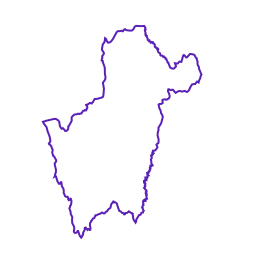 Chanae, Narathiwat, Thailand (Equal Earth projection), rotated 349°
{"feature_id": "78962969B14228474631985", "entity_name": "Chanae", "entity_type": "district", "adm_level": 2, "iso_a3": "THA", "parent_name": "Thailand", "parent_adm1": "Narathiwat", "projection": "equal_earth", "projection_center": [101.649, 6.04], "detail": "fine", "context": "isolated", "style": "outline", "palette": "violet", "viewbox_px": 256, "rotation_deg": 349, "n_neighbors": 0, "source": "geoboundaries", "source_scale": "gbopen_adm2", "svg_char_len": 5842}
<svg xmlns="http://www.w3.org/2000/svg" viewBox="0 0 256 256"><g transform="rotate(349 128 128)"><path d="M61.1,226.7L62.1,225.9L62.7,224.7L63.1,224.7L63.7,223.9L64.0,222.0L65.7,220.3L66.2,219.5L66.3,218.1L66.6,217.7L67.4,217.6L68.7,220.1L69.0,219.7L69.8,219.5L70.7,220.7L71.5,220.8L72.1,219.0L72.0,216.4L72.7,214.0L73.6,213.2L74.2,212.0L74.9,211.9L76.2,210.2L77.8,210.0L78.4,208.8L79.0,208.4L79.3,207.5L80.6,207.6L82.6,207.0L84.2,206.9L86.4,206.0L87.7,207.2L88.8,207.3L90.3,206.0L91.8,205.7L92.2,204.9L93.7,203.8L95.3,203.2L95.8,202.4L96.8,199.9L99.5,197.3L99.9,197.4L100.0,198.4L101.2,198.4L102.4,199.7L102.7,200.3L102.8,202.4L103.6,207.7L105.1,208.7L106.0,210.2L107.3,210.7L107.6,212.0L108.2,212.2L108.6,212.0L109.3,211.0L110.6,211.2L112.1,210.6L112.9,210.0L114.5,211.7L116.0,212.6L116.3,213.1L115.9,213.5L116.2,215.2L115.9,216.1L116.0,219.1L117.4,222.3L118.1,221.4L118.8,219.3L122.2,215.6L123.8,215.5L124.7,214.0L125.6,213.7L126.6,213.8L127.1,212.7L127.6,212.3L127.3,212.0L127.2,210.5L126.7,208.7L127.2,208.7L127.2,208.2L127.9,206.6L128.4,206.6L128.4,205.3L128.8,205.0L128.6,203.8L128.8,202.8L129.4,202.0L129.9,201.8L129.9,202.7L131.2,203.0L131.2,201.6L131.4,201.2L132.0,201.0L131.9,201.5L132.0,201.6L132.5,200.9L133.1,201.0L132.9,199.9L133.2,198.9L132.9,197.6L133.7,197.2L133.7,196.1L133.0,195.9L132.9,195.6L133.3,195.3L133.9,194.3L133.4,194.0L134.2,192.7L133.1,191.4L132.4,189.9L133.2,189.7L133.4,188.1L133.9,188.2L134.1,186.8L133.9,186.1L134.4,186.2L134.5,186.0L134.1,185.1L134.3,184.1L133.4,184.1L133.6,183.0L135.1,182.7L135.1,182.1L136.1,182.7L136.2,182.0L136.8,181.5L136.9,181.0L136.9,180.8L136.5,180.9L135.9,179.9L137.0,179.9L137.4,180.4L137.7,180.1L138.2,179.1L138.2,178.1L138.9,178.2L138.6,177.7L138.7,177.0L138.1,177.0L138.2,175.7L138.5,175.7L138.7,176.0L138.9,175.7L139.2,175.9L139.8,175.8L140.1,174.6L140.5,174.2L140.7,174.6L140.9,174.6L141.3,173.5L141.8,173.2L141.6,172.4L142.3,172.0L141.9,171.0L142.6,170.2L142.8,169.2L143.0,169.2L143.4,170.1L144.5,169.4L145.0,169.4L144.7,168.3L144.3,167.8L144.2,166.4L144.6,164.9L144.4,164.2L144.5,163.1L145.3,162.5L145.7,161.5L145.4,159.5L146.4,159.5L146.5,158.6L147.4,158.6L147.5,158.3L147.2,157.9L147.2,157.2L148.2,157.4L147.7,156.0L148.1,155.0L149.7,155.3L150.6,155.1L153.1,152.8L153.2,151.7L152.7,149.8L153.5,149.1L154.9,148.6L155.4,147.3L155.9,144.6L155.6,140.9L156.5,137.7L157.6,135.9L157.9,133.6L161.5,129.6L164.1,124.2L164.3,123.0L163.8,120.8L163.3,119.9L163.3,117.4L163.1,116.1L162.6,115.3L162.5,110.8L163.4,110.4L165.1,110.7L166.7,110.2L167.0,109.2L166.9,108.0L167.2,107.0L168.0,106.8L170.0,106.9L170.7,107.5L171.5,107.6L172.5,107.1L173.4,106.9L174.1,106.4L174.8,105.4L175.0,104.4L175.0,103.0L174.3,99.6L174.5,98.5L175.0,97.7L175.9,97.9L176.4,98.6L177.3,99.0L178.8,98.8L179.6,99.3L181.0,102.0L181.5,102.6L184.4,101.5L185.5,101.5L186.4,101.7L188.1,102.6L190.8,102.4L192.5,103.8L193.3,103.8L195.3,102.3L196.5,100.4L199.1,97.5L201.6,97.4L202.3,97.6L204.7,95.6L206.0,96.8L206.8,95.0L208.6,92.6L209.1,91.1L210.3,89.6L209.0,83.3L209.2,81.5L208.5,79.6L208.5,77.9L209.0,76.0L208.6,73.9L208.8,72.8L207.9,71.7L207.2,69.1L206.3,68.3L203.1,67.1L199.2,70.0L198.4,69.7L197.5,67.8L196.8,67.0L196.0,67.4L193.0,73.3L191.1,72.6L189.2,74.1L188.1,74.1L186.5,73.4L186.9,76.7L184.6,78.3L183.6,78.4L182.8,78.1L181.2,77.0L180.8,76.2L180.0,71.6L179.3,71.2L179.4,70.2L178.8,68.4L178.8,67.4L178.0,67.1L178.0,66.0L177.3,65.6L176.9,64.7L176.1,64.9L175.7,63.8L175.0,63.3L174.2,63.3L173.7,62.7L173.7,60.7L172.4,59.6L172.0,58.5L172.1,57.2L172.7,56.7L172.7,56.0L172.2,55.4L171.6,56.0L171.2,54.9L170.5,54.3L170.5,53.6L169.9,53.5L169.8,53.0L170.3,51.2L169.5,49.9L168.6,49.6L168.8,48.5L167.7,48.1L166.7,48.7L166.5,48.4L166.5,47.4L165.5,47.1L165.6,46.0L164.8,46.1L164.2,45.4L164.2,44.7L164.4,44.0L163.8,42.3L164.1,41.1L163.7,40.8L163.2,40.9L163.0,40.5L163.3,39.6L162.9,39.0L163.4,38.3L163.2,35.7L164.0,34.9L163.5,34.2L164.0,33.8L164.2,32.8L163.5,31.5L163.4,30.9L160.2,30.5L155.4,29.3L153.7,30.0L152.4,31.9L150.5,33.1L147.8,32.6L145.3,31.7L144.5,31.3L143.9,30.4L142.7,30.7L141.5,32.1L141.1,32.1L140.0,31.2L138.9,31.4L136.6,31.0L135.1,31.8L130.0,38.0L127.6,40.0L125.7,40.6L124.5,40.2L123.8,38.5L123.5,36.6L122.6,35.5L121.7,38.3L121.1,39.4L119.2,41.1L117.3,46.0L118.0,48.0L118.5,48.8L118.5,50.6L116.3,52.6L116.3,54.0L115.1,56.2L115.0,56.7L116.0,57.3L115.9,58.9L116.4,61.9L116.7,64.4L115.6,70.8L115.7,73.0L115.2,75.4L114.2,76.7L112.0,78.8L111.9,84.7L110.3,90.6L109.5,92.5L108.1,93.1L103.3,93.5L100.7,93.2L98.4,96.0L97.5,96.4L97.1,97.0L96.0,96.4L95.3,96.2L92.8,97.2L91.3,97.3L91.4,98.0L92.1,98.8L92.0,100.2L91.6,101.0L91.1,101.1L90.6,102.3L90.0,102.8L88.8,102.2L88.3,102.6L87.0,102.7L85.0,104.9L83.8,104.7L82.7,105.0L81.7,104.4L79.8,104.8L78.4,104.5L76.9,105.1L75.2,106.3L74.6,107.1L74.2,109.9L73.2,111.4L71.9,112.8L71.2,113.9L69.6,115.1L69.5,116.3L69.1,117.5L68.4,118.4L67.0,119.1L65.7,118.8L65.5,118.1L64.0,115.7L62.8,116.1L62.3,115.3L61.5,113.3L61.7,109.0L61.1,107.4L59.4,105.7L58.3,105.1L56.6,105.0L48.8,105.3L45.7,105.7L46.5,108.2L48.1,111.4L48.2,111.8L48.5,116.3L49.3,120.5L49.5,123.1L49.2,126.5L47.6,127.8L47.3,128.3L47.5,128.9L48.2,129.2L48.7,130.5L49.3,131.2L49.3,132.7L49.9,134.9L49.8,135.5L48.9,137.5L49.2,139.9L49.1,140.8L50.1,142.0L51.4,146.0L50.8,147.5L49.6,148.3L49.1,149.5L49.3,155.5L48.6,158.1L47.8,159.1L47.2,161.0L46.7,161.7L47.7,161.4L48.0,161.6L48.6,167.1L49.7,169.7L50.5,169.7L51.9,168.3L52.2,168.5L52.2,170.6L51.9,172.4L53.0,175.1L53.0,177.3L52.5,179.2L53.3,183.0L54.1,183.7L55.6,184.0L55.8,184.6L55.7,186.4L56.1,187.6L57.1,187.4L58.0,186.3L58.3,186.5L58.4,186.8L58.6,188.5L58.0,191.0L57.1,192.9L56.4,193.3L56.0,194.6L55.1,195.6L55.5,198.4L55.7,199.1L55.5,200.1L55.4,201.5L56.3,204.7L55.5,207.8L55.1,210.6L56.1,214.1L56.2,216.0L55.1,219.2L55.1,219.7L55.6,220.7L56.8,221.0L58.2,220.5L58.9,219.5L59.4,219.6L59.9,223.4L60.2,224.9L61.1,226.7Z" fill="none" stroke="#5b21b6" stroke-width="2"/></g></svg>